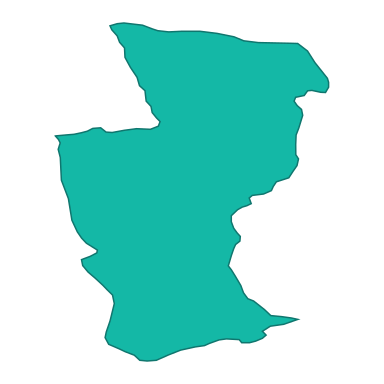 outline of Övertorneå, Norrbotten, Sweden
{"feature_id": "70781695B64947384355586", "entity_name": "Övertorneå", "entity_type": "district", "adm_level": 2, "iso_a3": "SWE", "parent_name": "Sweden", "parent_adm1": "Norrbotten", "projection": "natural_earth1", "projection_center": [23.504, 66.517], "detail": "fine", "context": "isolated", "style": "filled", "palette": "teal", "viewbox_px": 384, "rotation_deg": 0, "n_neighbors": 0, "source": "geoboundaries", "source_scale": "gbopen_adm2", "svg_char_len": 1858}
<svg xmlns="http://www.w3.org/2000/svg" viewBox="0 0 384 384"><path d="M55.4,136.0L58.5,139.5L60.2,142.9L58.2,149.3L60.3,157.5L61.4,180.2L68.4,198.6L71.9,220.2L77.3,231.8L81.6,238.1L86.4,243.2L94.9,248.5L97.4,250.1L96.8,252.9L90.1,256.4L81.5,259.6L82.7,265.6L88.2,272.2L94.9,277.9L102.8,285.2L107.0,289.6L112.5,295.0L114.3,303.6L110.5,319.1L110.0,321.1L106.3,331.9L105.1,337.6L108.7,344.3L119.1,348.8L125.2,351.7L134.3,355.2L139.8,360.3L142.1,360.5L147.1,361.0L156.3,360.3L168.5,354.9L180.7,350.1L195.3,346.9L204.5,345.6L209.4,343.4L219.1,339.9L226.4,338.9L239.2,339.6L241.7,342.7L249.6,342.7L255.7,341.1L262.4,338.3L266.1,335.1L262.4,331.3L270.3,326.2L283.7,324.3L297.8,319.4L291.5,318.0L281.4,316.6L270.8,315.6L264.6,309.7L253.6,301.0L247.8,298.7L243.5,292.8L240.8,285.5L235.3,276.2L231.4,269.9L228.3,265.9L231.4,255.4L233.7,248.7L235.6,244.5L239.9,241.1L240.3,236.4L237.2,233.0L233.7,228.2L231.3,221.7L231.3,215.7L237.6,209.7L242.2,207.1L246.9,205.7L251.2,203.6L249.2,198.0L252.3,195.4L263.6,194.0L271.4,190.6L273.3,186.4L276.4,181.8L288.8,177.8L293.1,171.2L297.0,165.6L298.5,158.9L295.8,154.7L295.7,144.3L296.1,135.0L298.8,128.0L302.7,115.3L301.5,109.4L297.2,105.6L294.1,101.2L295.6,97.3L304.2,95.5L307.6,90.8L311.9,90.4L320.8,92.3L325.5,92.5L328.6,87.2L328.6,82.3L327.4,78.3L314.9,62.6L307.5,51.0L297.7,43.5L291.0,43.3L258.3,42.6L243.7,40.8L234.0,36.8L217.1,33.4L200.1,31.3L181.4,31.3L168.7,31.9L157.8,30.7L152.3,28.9L142.6,25.2L123.9,23.0L117.2,23.7L110.0,25.8L111.8,29.8L117.2,35.9L119.6,42.3L124.5,47.9L125.0,57.4L130.5,67.5L137.1,77.4L139.5,85.7L145.0,90.7L145.6,96.2L146.2,101.2L151.0,106.4L152.2,112.6L156.5,117.9L160.1,121.6L158.3,126.2L150.4,129.3L136.5,128.7L124.3,130.3L112.2,132.5L106.1,132.1L100.7,127.8L92.8,128.4L87.3,131.2L81.2,132.8L74.0,134.3L66.7,134.9L55.7,135.9L55.4,136.0Z" fill="#14b8a6" stroke="#0f766e" stroke-width="1.5"/></svg>